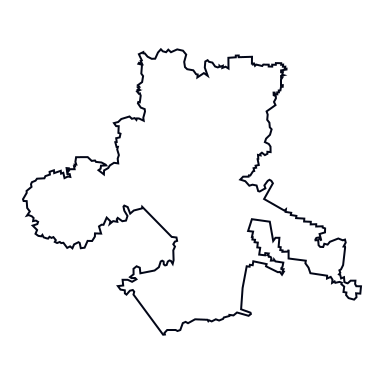 San Juan Evangelista, Veracruz, Mexico (Mercator projection)
{"feature_id": "50627088B44496108616070", "entity_name": "San Juan Evangelista", "entity_type": "district", "adm_level": 2, "iso_a3": "MEX", "parent_name": "Mexico", "parent_adm1": "Veracruz", "projection": "mercator", "projection_center": [-95.168, 17.762], "detail": "fine", "context": "isolated", "style": "outline", "palette": "ink", "viewbox_px": 384, "rotation_deg": 0, "n_neighbors": 0, "source": "geoboundaries", "source_scale": "gbopen_adm2", "svg_char_len": 5936}
<svg xmlns="http://www.w3.org/2000/svg" viewBox="0 0 384 384"><path d="M133.5,294.6L163.1,334.7L164.9,334.5L164.5,332.9L167.2,330.0L175.7,330.0L177.4,331.0L180.3,330.0L182.8,323.1L185.6,321.9L188.0,323.2L195.1,319.3L207.5,319.8L208.3,321.2L209.1,320.3L211.7,321.4L215.8,319.3L219.1,320.5L223.1,318.9L223.8,317.5L229.4,316.0L229.4,314.9L233.5,315.4L237.0,312.5L248.6,315.8L250.9,314.0L250.5,312.7L241.1,309.3L242.6,288.0L246.7,266.3L249.6,266.7L249.9,264.8L252.7,265.2L253.3,261.3L266.6,264.1L266.0,266.3L277.9,272.2L279.9,271.9L282.0,274.7L283.8,271.7L282.6,271.5L283.5,269.2L281.4,269.1L281.3,268.1L282.5,266.8L283.3,262.6L275.4,261.4L274.1,259.6L274.0,260.5L270.9,260.6L271.4,258.4L270.6,256.9L268.8,256.8L268.7,255.4L267.5,255.2L268.6,253.5L265.3,253.1L265.0,255.3L259.2,254.6L260.2,247.8L257.3,247.4L257.8,242.6L254.6,242.2L255.0,239.8L252.4,239.5L252.7,237.2L251.9,237.1L253.1,231.6L248.1,231.0L251.9,219.2L269.8,221.7L273.2,241.0L275.5,237.8L279.4,237.8L278.6,246.9L280.7,247.2L280.3,250.1L282.6,250.4L282.4,251.8L287.8,251.6L288.6,249.8L288.6,258.5L305.8,260.7L305.4,263.3L308.5,267.6L310.4,273.2L327.1,275.7L327.0,278.5L330.7,276.9L332.5,279.7L332.1,282.9L334.6,281.4L335.3,282.8L339.6,281.9L341.8,282.8L341.4,284.2L344.2,286.6L343.5,292.0L346.4,292.5L346.1,295.1L348.6,298.1L354.1,299.6L356.5,297.2L356.1,293.3L360.3,293.6L361.0,286.3L356.3,286.2L355.1,284.0L355.4,280.7L350.6,280.7L347.7,283.3L346.7,283.1L344.4,282.1L344.0,277.2L341.1,278.4L340.2,274.9L339.0,274.4L340.3,272.8L339.4,270.3L341.0,269.4L343.1,265.1L345.1,247.7L345.0,246.6L343.6,246.5L345.7,242.6L345.0,239.6L342.8,240.3L338.3,238.5L329.9,241.8L327.6,244.6L324.3,243.8L323.2,247.0L320.2,246.9L318.6,245.2L318.2,240.1L315.5,240.3L315.4,239.5L316.4,237.9L318.7,237.5L321.3,240.6L319.6,234.0L325.0,232.4L325.1,228.4L322.7,227.6L322.6,226.3L316.2,226.5L316.2,224.2L310.7,224.4L310.8,221.8L304.1,221.5L304.3,218.6L296.1,218.1L296.4,215.9L290.8,215.0L291.2,212.8L285.6,211.9L285.9,209.4L284.4,210.6L264.1,199.0L272.9,183.3L271.3,180.8L269.5,179.8L267.7,180.9L264.4,185.4L265.4,188.3L259.7,191.5L258.2,191.1L256.6,185.5L252.5,184.7L249.3,185.7L245.3,181.2L240.3,179.6L243.1,176.7L248.6,176.7L248.9,175.4L250.3,175.5L253.0,171.3L254.2,171.0L253.6,168.2L256.1,167.7L255.6,165.7L258.8,165.0L257.6,159.1L258.3,158.9L258.0,154.9L260.6,155.4L260.3,153.9L261.9,152.7L264.9,155.1L267.4,153.8L267.4,151.8L270.6,152.1L270.5,146.6L268.8,144.0L264.9,142.1L266.1,138.6L270.0,134.8L271.6,129.3L269.8,127.3L269.4,122.7L267.2,119.8L267.7,114.6L266.6,111.4L275.5,105.1L274.0,101.9L275.9,98.4L275.8,96.2L273.7,95.2L273.6,92.6L274.6,92.6L274.7,94.1L277.3,94.3L277.2,92.4L278.9,92.3L278.8,90.5L280.4,90.4L281.0,86.9L282.7,86.8L282.8,85.1L281.0,85.1L281.0,79.6L282.2,77.7L281.1,77.7L281.1,75.9L283.8,75.2L282.2,74.7L282.9,72.2L281.1,72.2L281.1,70.4L286.5,69.5L286.5,68.6L284.7,68.6L285.2,66.7L282.9,66.7L283.1,64.6L281.2,64.8L281.2,63.2L275.9,63.1L275.8,64.8L272.2,64.7L272.2,66.6L268.7,66.5L268.7,64.7L263.3,64.6L262.2,66.0L256.3,64.6L255.0,65.8L254.4,64.2L253.3,64.4L253.6,63.5L251.9,63.6L252.0,56.8L238.7,57.2L238.7,55.5L235.8,55.6L235.8,57.3L228.4,57.8L228.5,68.5L225.6,66.7L222.4,67.9L222.8,65.8L220.5,66.7L219.5,65.8L219.5,66.8L217.8,67.4L215.1,66.5L212.4,62.6L209.0,61.8L207.6,60.2L205.3,61.5L204.8,67.6L207.7,75.8L203.9,73.1L197.4,77.4L197.7,74.5L196.1,74.2L193.3,70.3L187.2,69.2L185.0,67.1L184.2,61.9L186.2,54.6L183.0,50.7L177.2,49.4L171.0,52.2L168.3,49.7L166.1,52.2L162.8,51.3L160.9,49.3L158.0,52.5L155.2,58.7L151.7,58.8L147.6,56.7L144.7,53.3L143.4,53.3L143.3,52.1L138.9,54.2L141.8,60.4L140.7,60.9L142.1,63.9L139.0,62.8L138.4,63.8L142.0,64.7L141.3,73.6L143.1,76.1L142.1,82.1L137.8,85.2L139.3,86.9L137.8,87.3L139.3,89.2L136.7,90.3L138.9,90.5L137.0,91.4L139.0,93.8L139.9,93.4L140.7,95.7L139.8,102.3L138.3,102.0L137.9,103.3L140.8,107.6L144.7,109.1L145.0,111.5L143.3,117.8L143.7,120.7L139.0,118.5L136.9,118.4L136.4,119.9L134.7,118.1L131.9,118.8L129.5,116.5L121.3,119.0L118.2,122.0L114.0,123.1L116.1,126.1L118.7,126.2L118.4,132.9L120.5,133.7L119.7,137.4L116.2,138.2L116.7,142.0L115.3,142.2L116.6,147.0L117.9,146.9L117.2,149.4L118.9,155.1L117.7,158.6L118.2,163.4L114.0,162.8L109.9,165.4L108.2,168.1L104.1,170.4L103.9,174.4L98.5,170.2L100.6,168.7L101.0,165.7L106.2,165.4L105.7,164.7L101.5,162.5L96.0,161.9L95.0,160.5L91.7,160.9L87.7,157.1L76.1,157.2L75.4,161.9L76.3,164.6L74.6,164.6L75.0,166.2L74.0,166.2L74.6,169.2L69.9,169.2L68.5,171.2L68.8,168.3L66.6,168.1L67.4,174.1L69.7,174.1L70.3,176.9L67.9,176.5L64.5,178.1L63.3,172.8L61.1,173.6L60.8,170.8L54.2,173.1L53.9,170.3L49.6,171.8L49.9,174.6L45.4,176.1L44.4,178.3L37.0,178.7L35.5,180.7L31.9,182.2L31.0,184.2L31.5,186.9L26.6,190.9L26.7,192.9L23.0,199.2L23.6,201.0L26.7,201.1L27.2,208.0L29.8,211.4L27.0,215.6L28.7,215.1L31.8,216.3L33.6,218.0L33.1,221.1L35.9,220.6L38.1,221.9L37.3,224.1L32.7,225.6L37.1,230.0L35.5,233.8L38.4,235.9L41.3,236.3L42.4,234.9L43.6,237.3L46.5,238.3L48.1,238.6L49.5,236.8L51.5,237.9L53.4,237.1L55.8,240.1L54.8,241.9L57.1,243.0L59.8,242.0L61.2,243.1L63.4,242.8L67.2,247.9L70.1,246.4L72.4,248.3L74.1,244.4L78.5,242.2L79.7,243.0L80.8,248.2L84.6,247.7L87.6,240.9L92.1,241.0L94.9,236.6L95.0,233.4L101.1,233.6L99.0,226.4L101.6,224.7L103.5,224.8L106.7,217.6L110.5,221.4L109.8,223.9L113.2,221.1L117.3,221.8L116.8,219.2L117.7,217.9L122.3,221.2L126.0,220.6L127.5,216.0L124.3,210.7L123.5,206.6L124.3,205.6L127.7,207.1L130.2,213.6L133.8,210.5L142.0,208.4L142.2,206.8L171.7,236.9L176.5,237.5L177.1,240.9L174.9,241.6L173.3,244.2L175.0,246.6L173.3,250.3L173.6,260.1L172.7,263.9L170.9,260.9L169.4,260.5L167.8,261.6L166.6,265.0L165.1,265.4L163.8,264.4L163.6,261.5L162.2,260.7L160.7,261.5L158.9,267.2L154.6,270.5L140.4,273.3L139.8,267.7L136.6,266.3L133.5,268.8L133.6,274.3L130.0,277.1L131.5,278.1L135.1,278.0L136.4,279.3L132.1,281.8L127.7,279.8L122.6,279.8L123.2,285.5L117.9,286.1L120.5,289.6L124.8,290.3L124.9,293.4L126.5,294.6L129.9,290.7L132.8,290.0L134.2,291.7L133.5,294.6Z" fill="none" stroke="#020617" stroke-width="2"/></svg>